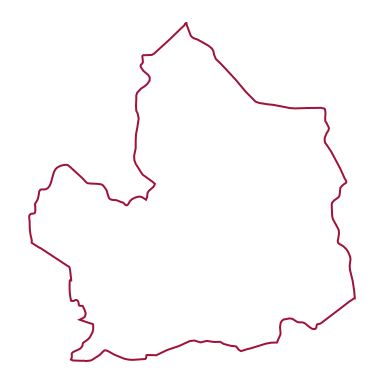 the district of Dien Bien Phu, Điện Biên, Vietnam
{"feature_id": "81297802B75517223780643", "entity_name": "Dien Bien Phu", "entity_type": "district", "adm_level": 2, "iso_a3": "VNM", "parent_name": "Vietnam", "parent_adm1": "Điện Biên", "projection": "orthographic", "projection_center": [103.039, 21.414], "detail": "fine", "context": "isolated", "style": "outline", "palette": "rose", "viewbox_px": 384, "rotation_deg": 0, "n_neighbors": 0, "source": "geoboundaries", "source_scale": "gbopen_adm2", "svg_char_len": 4555}
<svg xmlns="http://www.w3.org/2000/svg" viewBox="0 0 384 384"><path d="M277.1,342.5L277.6,340.9L279.4,336.9L280.5,334.3L280.5,332.6L280.0,327.0L280.6,323.1L281.6,321.3L282.4,320.4L283.1,319.8L284.1,319.4L285.3,319.3L289.6,318.4L292.3,318.8L293.4,319.5L295.9,321.1L296.9,321.7L298.6,322.3L301.6,322.3L303.3,322.6L305.0,323.4L307.2,325.2L310.8,328.0L312.5,328.9L314.7,329.0L315.6,328.7L315.8,328.2L316.3,327.7L316.6,325.6L317.1,324.4L320.6,323.5L337.7,310.5L349.8,301.2L351.8,300.0L352.8,299.2L353.8,298.6L354.2,298.4L354.8,298.4L354.2,291.0L352.7,281.0L350.1,270.4L349.8,268.2L349.7,265.5L350.5,259.5L350.2,256.9L348.1,251.9L346.5,249.3L345.0,247.9L343.4,246.3L341.3,245.0L339.2,243.9L338.0,242.6L337.8,241.6L337.8,240.5L338.2,238.7L338.5,236.9L339.0,233.5L338.9,231.5L338.6,229.6L337.7,228.0L336.4,225.5L334.9,222.8L333.0,219.3L332.3,216.8L332.1,214.7L331.7,204.6L332.0,202.9L333.3,201.3L334.1,200.4L335.3,199.6L338.3,197.4L339.0,196.6L339.3,195.8L339.6,194.8L339.8,193.4L340.1,190.2L340.5,187.6L341.3,186.7L342.1,185.8L343.8,184.3L345.9,182.9L346.2,182.6L346.3,182.3L346.2,181.4L346.0,180.6L344.6,178.4L342.4,173.3L340.9,170.1L340.0,168.0L339.7,167.6L333.2,155.4L332.2,153.5L332.1,153.3L331.3,151.8L328.3,147.2L326.2,144.2L325.2,142.9L324.8,141.6L324.6,139.9L324.8,137.6L326.6,133.3L328.3,130.6L328.9,128.8L328.8,127.6L327.4,124.7L326.0,122.1L325.3,121.1L325.2,118.3L325.2,117.0L325.5,113.6L325.3,111.0L325.1,109.9L325.0,109.3L324.5,108.9L324.2,108.5L323.3,108.4L321.0,107.8L317.4,107.9L307.7,108.0L302.4,108.2L294.7,108.4L289.5,108.0L283.0,106.7L273.0,104.8L268.5,104.4L259.3,103.0L255.5,101.6L245.8,91.8L242.6,88.0L235.5,79.5L220.9,63.8L215.8,58.9L214.1,54.8L213.4,51.1L212.1,48.7L208.6,45.8L197.7,39.6L193.6,38.2L191.9,37.0L190.7,35.6L189.2,31.5L186.8,25.1L186.4,23.0L186.0,23.0L185.0,23.9L184.2,25.5L180.7,28.7L169.9,39.2L154.1,53.6L151.8,54.9L145.9,55.2L143.2,55.2L142.4,56.0L142.4,57.1L142.7,59.5L142.9,62.4L142.1,63.7L140.9,64.7L140.5,66.2L141.3,67.8L143.4,70.9L148.3,75.0L149.8,77.7L149.6,80.6L147.2,84.1L144.7,86.2L140.9,88.7L137.2,92.7L136.3,95.4L136.3,99.3L136.0,105.7L136.3,110.9L137.6,113.4L138.7,118.5L138.1,122.0L137.4,127.2L136.0,134.2L135.7,140.8L135.7,148.1L134.1,156.0L134.4,160.3L135.7,163.8L140.7,171.8L142.8,174.8L151.9,181.3L154.8,183.7L154.4,185.4L153.2,187.1L148.7,191.0L147.5,193.1L147.1,197.2L146.0,199.7L145.8,199.5L141.9,197.1L139.8,196.6L137.6,196.9L134.6,197.8L131.9,199.3L130.1,201.0L128.9,202.9L128.1,204.3L127.3,205.1L126.2,205.3L125.1,204.7L124.2,203.6L123.2,202.7L121.9,202.3L116.4,200.2L112.6,199.9L110.9,199.5L109.4,198.6L108.5,196.9L107.7,194.2L106.6,190.4L104.7,187.5L102.9,185.3L101.4,184.4L97.2,183.8L91.5,183.6L87.5,183.2L85.9,182.0L82.4,178.2L70.2,167.0L67.5,164.9L65.7,164.8L63.4,165.1L61.2,165.6L58.9,166.6L57.4,167.4L55.5,169.2L54.0,171.9L52.9,175.6L52.0,178.9L51.0,182.5L49.6,185.9L48.0,187.9L46.8,188.7L45.7,189.3L44.7,189.4L42.5,189.4L41.0,189.5L40.2,190.0L39.6,190.7L39.1,192.0L38.9,193.7L38.6,195.6L37.9,198.7L37.2,200.3L36.4,201.7L35.6,202.8L34.9,204.2L35.3,206.8L35.3,211.1L35.0,212.6L34.7,212.9L34.0,213.4L33.2,213.6L31.1,213.8L30.0,214.5L29.3,215.7L29.2,217.9L29.6,220.9L29.7,226.5L29.9,230.4L30.4,233.9L30.7,235.7L31.3,238.0L31.8,240.5L31.6,242.7L36.3,245.8L38.8,247.3L41.1,248.5L67.2,265.7L69.2,266.8L70.0,269.1L70.7,275.3L71.1,278.9L71.2,280.4L70.1,280.2L69.8,280.5L69.6,283.3L69.6,287.7L69.7,291.8L70.0,294.5L70.4,297.6L71.2,300.9L73.2,301.0L74.6,300.6L75.4,300.0L76.4,300.0L77.5,300.5L78.3,301.7L78.7,303.3L78.8,304.9L79.2,305.6L80.4,305.8L81.5,305.8L82.5,306.0L83.0,306.4L83.4,307.5L84.5,309.8L85.4,312.2L85.7,313.5L85.4,315.1L84.8,316.8L83.2,318.0L79.6,319.7L84.5,321.4L88.3,322.7L92.9,324.1L93.1,324.8L93.2,326.4L93.2,328.0L93.1,330.0L92.3,332.8L89.6,337.6L88.0,339.3L85.5,341.2L83.9,342.2L83.0,343.1L82.6,344.3L82.5,345.6L81.8,346.8L81.0,347.7L80.0,348.8L73.4,351.9L72.4,352.7L71.9,353.3L71.7,354.1L71.9,355.5L71.7,357.8L70.9,359.6L73.2,360.5L81.6,360.8L83.4,360.7L86.2,361.0L90.0,360.6L91.3,360.3L93.6,358.9L95.1,357.9L97.7,356.3L99.9,354.8L101.6,353.0L102.6,352.0L104.4,350.4L106.1,350.4L108.0,351.1L114.6,354.8L124.2,358.7L128.4,359.6L132.7,359.9L138.0,359.5L145.2,359.0L145.9,358.4L146.2,357.3L146.4,355.8L146.4,355.3L147.2,355.0L155.5,355.2L156.1,355.3L167.4,349.9L178.8,346.1L189.7,341.1L194.3,340.5L200.5,342.4L206.9,340.9L209.8,341.4L214.5,342.0L220.2,341.8L223.6,343.9L231.1,345.9L234.0,346.1L236.2,346.5L238.9,349.9L241.1,351.1L241.6,350.9L243.5,350.4L246.7,349.3L250.8,348.3L257.0,346.4L265.7,343.7L271.1,342.7L277.1,342.5Z" fill="none" stroke="#9f1239" stroke-width="2"/></svg>